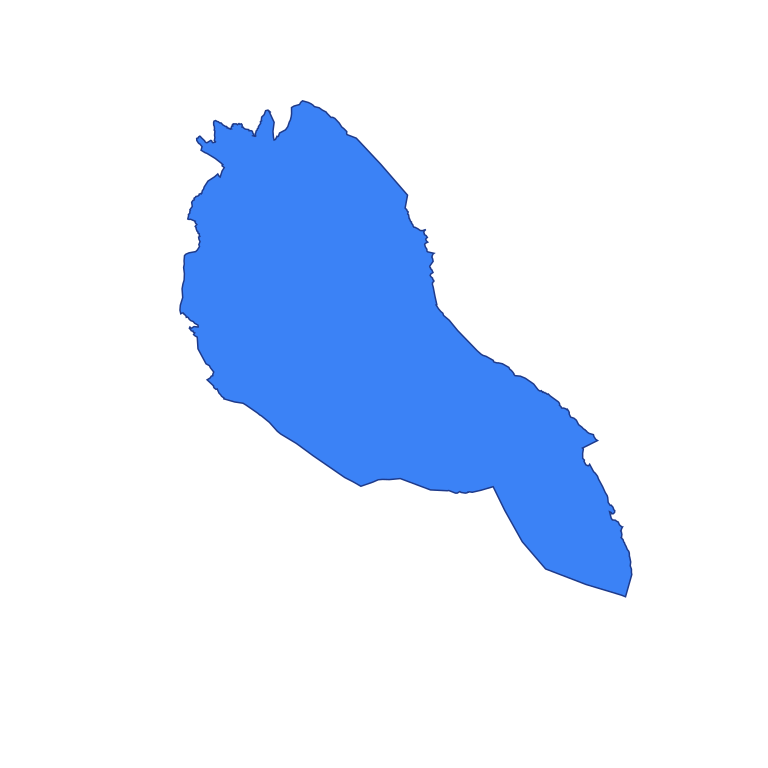 the district of Eidsvoll nor, Akershus, Norway, rotated 145°
{"feature_id": "86288312B15837471533028", "entity_name": "Eidsvoll nor", "entity_type": "district", "adm_level": 2, "iso_a3": "NOR", "parent_name": "Norway", "parent_adm1": "Akershus", "projection": "mercator", "projection_center": [11.199, 60.416], "detail": "fine", "context": "isolated", "style": "filled", "palette": "blue", "viewbox_px": 768, "rotation_deg": 145, "n_neighbors": 0, "source": "geoboundaries", "source_scale": "gbopen_adm2", "svg_char_len": 6164}
<svg xmlns="http://www.w3.org/2000/svg" viewBox="0 0 768 768"><g transform="rotate(145 384 384)"><path d="M256.4,525.2L260.6,565.6L265.7,601.3L271.3,609.6L270.9,610.7L269.7,612.1L270.4,616.2L271.2,618.8L271.0,623.4L271.9,629.8L273.0,631.8L274.5,632.8L275.4,638.4L275.4,640.0L277.4,643.8L278.7,647.5L281.9,651.1L282.2,653.1L283.0,655.3L284.5,658.0L288.3,662.7L290.6,662.5L292.9,661.4L298.3,663.3L301.2,663.5L304.7,658.4L306.6,656.3L309.5,653.8L311.2,653.0L315.2,650.0L318.9,648.7L325.6,649.5L328.5,647.5L329.2,647.6L329.6,648.3L332.6,646.6L334.1,646.9L333.1,649.4L330.0,654.7L323.9,661.4L322.0,672.0L321.2,672.0L321.5,673.4L321.9,673.3L321.9,674.9L324.2,675.8L327.6,673.4L331.1,672.8L333.3,670.4L333.3,669.8L334.8,669.8L335.5,668.3L339.2,666.9L340.1,665.7L341.1,665.8L342.5,664.7L343.6,664.6L345.0,663.2L345.7,663.1L346.9,660.7L347.6,660.8L348.9,662.5L347.8,662.4L347.5,664.8L346.9,666.5L347.5,667.7L349.3,668.9L348.9,670.0L351.4,672.3L352.2,674.4L352.1,675.3L352.9,675.8L351.6,677.5L351.6,678.9L353.2,679.6L353.4,680.5L355.4,680.5L355.7,681.7L358.0,683.4L358.8,683.0L359.0,683.5L359.4,683.4L360.4,682.5L360.3,682.2L361.1,682.4L363.0,680.8L362.9,680.6L363.8,680.9L363.8,681.8L364.8,682.5L364.7,683.0L365.6,683.8L365.2,684.2L365.3,685.3L366.1,685.8L367.4,688.8L367.7,691.3L368.8,692.1L369.3,693.9L370.2,694.9L370.8,696.4L372.5,696.8L373.6,695.9L375.0,693.8L375.2,692.5L376.3,690.5L377.5,689.3L377.4,688.4L377.6,688.0L380.2,684.9L381.2,682.8L383.4,680.7L383.1,679.6L383.1,679.0L383.4,678.9L385.8,679.8L386.0,680.6L385.7,682.1L386.1,682.9L390.7,683.2L391.3,683.9L391.7,685.4L391.4,685.9L392.4,690.9L392.4,692.1L392.8,692.7L394.2,692.7L395.0,692.2L396.6,692.6L397.7,690.8L397.8,687.8L397.6,686.9L397.2,686.4L396.9,682.8L399.8,680.4L397.9,676.1L396.8,674.5L392.9,665.6L390.5,657.7L390.7,657.4L390.1,656.2L391.5,655.6L390.7,652.9L394.4,651.4L399.5,647.5L399.9,648.6L399.7,651.4L403.9,650.9L411.8,651.2L418.4,648.5L419.9,647.2L422.0,646.5L423.8,644.8L424.7,644.6L424.7,645.1L426.6,645.5L427.1,644.8L428.8,644.7L430.6,645.5L431.2,645.1L433.1,645.1L433.5,644.0L433.8,643.7L435.1,644.0L437.3,643.2L439.2,639.4L443.0,638.1L443.0,637.3L443.7,637.1L445.2,635.3L447.0,635.0L447.6,633.9L450.1,631.7L449.4,630.7L447.9,629.8L445.4,625.8L445.7,625.8L446.1,623.8L445.8,622.0L448.3,621.4L448.2,619.7L448.8,619.1L449.5,616.4L449.1,615.8L449.8,614.2L449.1,613.2L449.2,612.8L449.9,612.2L450.2,610.5L451.6,610.7L452.6,608.6L453.0,606.2L455.7,604.4L456.3,602.4L460.2,600.8L462.4,600.5L468.5,603.3L471.9,604.0L473.8,603.6L477.2,599.5L478.8,596.8L481.3,594.4L484.2,588.9L488.1,583.8L491.4,581.2L494.8,577.8L499.3,570.3L505.6,565.4L508.0,562.5L508.8,561.5L510.2,558.1L508.6,557.9L507.7,557.2L507.6,556.2L507.8,556.0L507.4,555.1L507.2,553.0L507.7,552.0L506.7,551.7L506.3,550.6L506.4,548.6L505.9,546.7L504.4,544.5L504.3,542.4L502.6,539.0L503.4,537.3L503.7,537.4L506.7,540.0L509.6,540.1L510.5,541.2L510.2,541.7L510.3,542.0L511.5,541.3L511.2,538.9L511.4,538.4L510.6,537.1L510.1,536.9L510.4,535.8L509.7,534.4L511.6,533.8L511.4,532.4L510.1,529.5L516.2,519.5L518.2,502.6L516.5,499.1L516.9,497.0L516.6,491.5L518.6,490.2L519.5,489.0L520.9,489.5L523.0,488.7L526.5,488.9L524.7,480.2L525.2,479.5L525.4,478.3L524.7,476.0L523.5,475.6L524.4,471.1L524.0,469.0L524.1,467.2L523.1,464.2L523.7,463.7L516.7,455.0L510.5,449.1L509.1,445.9L504.2,432.6L503.5,429.8L502.7,428.3L499.9,418.3L498.5,406.5L497.3,402.3L489.9,385.6L483.2,365.9L469.8,329.9L465.6,322.0L461.6,313.5L449.3,310.0L443.7,308.9L439.9,306.7L434.4,302.6L424.9,297.2L406.7,270.6L393.3,260.2L392.0,259.6L388.1,253.7L386.6,252.6L383.6,252.4L383.0,250.9L380.0,248.0L378.4,247.2L377.4,247.4L376.8,246.8L376.1,246.9L373.8,244.7L365.7,241.4L353.5,237.3L357.6,211.1L361.2,175.5L357.7,139.8L333.5,103.9L310.5,74.7L308.2,71.2L290.3,85.8L289.4,87.7L287.5,90.4L286.6,93.8L284.0,96.7L281.9,101.5L282.0,101.8L280.1,104.7L279.5,106.5L279.6,108.9L278.8,112.4L278.6,114.6L278.1,115.9L278.2,117.1L277.4,119.6L277.7,120.1L277.6,121.3L277.8,121.6L277.6,121.9L277.8,122.2L277.0,122.6L275.3,124.5L274.9,125.8L274.4,126.4L274.4,127.9L273.5,128.1L272.8,128.9L270.6,130.1L271.1,130.4L271.9,133.6L271.3,136.6L272.3,138.4L272.5,139.6L274.9,141.7L274.8,143.9L272.5,150.0L271.5,148.2L271.9,147.0L270.5,146.2L268.7,146.6L267.6,147.9L267.9,149.5L267.4,150.5L267.1,152.4L267.3,152.9L267.3,154.3L268.3,154.9L268.3,158.4L265.8,162.8L265.2,164.6L265.0,168.2L263.8,174.6L262.8,183.1L262.0,186.0L262.1,189.7L262.6,192.0L261.6,200.3L263.2,199.7L263.8,200.0L265.0,202.0L264.5,205.9L263.5,206.7L263.9,209.1L261.1,213.2L258.0,216.4L258.2,217.7L241.5,215.2L242.3,217.3L242.2,220.5L241.5,222.4L244.3,225.9L245.1,228.0L245.2,229.6L245.6,230.5L245.5,231.0L246.4,233.0L246.6,235.0L247.9,239.1L247.2,244.0L248.0,247.0L250.1,249.8L249.5,253.2L248.7,254.2L248.3,255.7L248.3,258.2L248.9,258.1L249.2,259.3L250.5,261.1L252.1,262.2L252.3,262.8L252.0,263.8L252.4,265.9L252.1,266.0L251.4,267.5L251.4,269.3L254.7,278.9L255.2,281.7L256.1,281.9L256.5,283.4L257.3,284.4L257.2,284.7L257.7,284.9L258.2,286.4L258.8,286.3L259.0,288.4L260.1,288.6L260.8,289.9L261.1,291.0L261.4,298.1L264.9,307.6L267.8,312.2L271.9,315.7L272.1,317.4L271.7,317.8L271.7,320.0L271.9,322.1L272.5,323.9L272.2,326.0L275.4,332.7L278.3,335.8L279.3,336.4L281.2,338.8L281.4,339.6L280.9,340.6L284.5,348.1L286.6,350.8L287.5,353.1L288.6,357.8L293.0,385.5L294.0,398.9L295.9,406.0L295.2,408.2L295.9,410.9L296.2,414.2L296.0,418.9L295.2,418.7L292.0,426.5L288.1,435.2L287.3,437.7L286.0,439.3L284.4,439.4L283.8,440.3L284.1,441.5L283.5,442.9L284.0,444.8L284.0,446.4L282.6,447.3L279.9,447.2L279.3,450.4L279.7,451.7L279.2,452.7L279.4,453.2L279.0,454.3L273.4,456.3L272.3,458.8L272.1,460.3L271.6,460.5L271.5,461.1L269.2,462.4L268.1,462.4L272.5,467.3L272.6,468.2L271.6,469.8L271.5,472.6L270.6,475.1L269.3,475.5L266.8,475.1L267.2,476.9L266.8,478.6L265.9,479.1L264.4,479.2L264.4,481.4L265.2,483.2L264.6,484.3L264.6,485.1L263.7,486.1L261.2,486.6L264.6,487.6L266.3,489.0L267.2,491.7L268.8,494.7L269.6,495.3L269.6,496.5L269.1,497.8L269.2,500.3L268.6,500.8L268.9,502.3L268.4,504.2L268.5,505.0L268.2,505.2L268.3,505.5L266.8,508.5L267.1,509.7L265.5,511.1L265.8,512.7L265.4,513.6L265.8,516.0L256.4,525.2Z" fill="#3b82f6" stroke="#1e3a8a" stroke-width="1.5"/></g></svg>